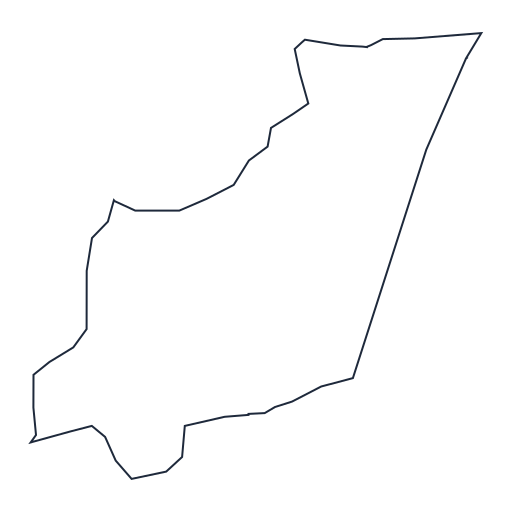 Habo, Västra Götaland, Sweden (Robinson projection)
{"feature_id": "70781695B50055255303815", "entity_name": "Habo", "entity_type": "district", "adm_level": 2, "iso_a3": "SWE", "parent_name": "Sweden", "parent_adm1": "Västra Götaland", "projection": "robinson", "projection_center": [14.097, 58.001], "detail": "fine", "context": "isolated", "style": "outline", "palette": "slate", "viewbox_px": 512, "rotation_deg": 0, "n_neighbors": 0, "source": "geoboundaries", "source_scale": "gbopen_adm2", "svg_char_len": 771}
<svg xmlns="http://www.w3.org/2000/svg" viewBox="0 0 512 512"><path d="M30.7,442.4L70.6,431.4L91.8,425.9L105.1,436.9L115.7,460.6L131.6,478.9L166.2,471.6L182.1,457.0L184.8,425.9L224.6,416.8L248.5,414.9L248.5,414.3L248.5,413.9L264.7,413.1L275.0,407.0L292.0,401.6L321.2,386.5L352.9,378.1L426.3,149.6L465.9,58.7L466.5,58.2L466.2,58.1L481.3,33.1L414.7,38.4L382.8,39.1L370.9,45.2L366.9,46.8L366.9,47.1L366.0,47.0L362.5,46.6L340.5,45.5L304.9,39.7L301.7,42.5L294.7,49.0L299.8,73.3L308.3,103.5L293.0,114.0L271.0,127.9L267.6,146.6L248.9,160.5L233.7,184.9L206.5,198.9L179.3,210.6L135.2,210.6L114.8,201.2L113.9,200.2L107.9,221.6L92.0,238.0L86.7,270.8L86.6,329.1L73.3,347.4L49.4,362.0L33.5,374.8L33.4,407.6L36.0,435.0L30.7,442.4Z" fill="none" stroke="#1e293b" stroke-width="2"/></svg>